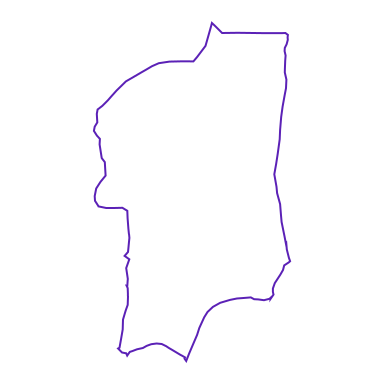 Potupo, River Gee, Liberia (Albers equal-area conic projection)
{"feature_id": "62588387B58359330496040", "entity_name": "Potupo", "entity_type": "district", "adm_level": 2, "iso_a3": "LBR", "parent_name": "Liberia", "parent_adm1": "River Gee", "projection": "albers", "projection_center": [-7.817, 5.334], "detail": "fine", "context": "isolated", "style": "outline", "palette": "violet", "viewbox_px": 384, "rotation_deg": 0, "n_neighbors": 0, "source": "geoboundaries", "source_scale": "gbopen_adm2", "svg_char_len": 2007}
<svg xmlns="http://www.w3.org/2000/svg" viewBox="0 0 384 384"><path d="M98.4,206.1L98.5,206.4L106.2,208.0L113.9,208.0L122.4,207.8L127.3,210.8L127.6,218.3L128.4,228.8L128.9,233.7L129.1,234.7L129.4,237.9L129.0,241.8L128.4,248.2L128.0,252.0L124.6,255.9L129.3,259.3L126.2,268.1L126.8,272.1L127.8,278.9L127.3,285.8L126.6,285.7L127.7,288.1L127.9,293.7L127.9,295.6L127.9,296.0L128.0,296.4L127.7,304.9L125.7,310.5L125.6,310.9L125.4,311.5L123.0,319.6L122.7,329.5L121.0,339.4L119.5,347.7L118.1,348.5L122.0,352.5L126.2,353.3L127.2,355.6L128.5,353.7L129.8,351.9L130.1,351.8L132.3,351.1L137.0,349.3L142.9,348.0L146.6,345.9L150.1,344.6L151.3,344.2L156.6,343.5L161.7,344.0L166.2,346.2L168.9,348.0L172.0,349.8L180.5,354.9L181.9,355.6L183.1,356.3L185.0,357.4L184.5,358.6L186.2,361.0L189.1,353.6L192.9,344.7L197.1,334.9L199.3,328.0L204.2,317.3L207.5,312.0L212.9,306.9L220.2,302.8L230.0,299.9L236.9,298.5L244.8,297.9L250.8,297.4L254.1,299.2L258.1,299.4L264.0,300.2L269.5,298.8L270.7,297.7L270.6,298.8L273.5,294.6L272.9,291.9L272.9,288.5L274.8,283.1L280.3,274.7L283.0,270.0L284.2,265.4L288.9,262.3L290.1,261.2L288.9,257.8L286.8,249.4L286.3,243.6L286.0,244.1L284.5,236.3L281.6,222.0L281.0,215.3L280.1,204.1L277.1,193.1L276.5,186.8L274.3,174.3L276.1,164.2L277.7,153.9L279.7,139.3L280.1,130.0L281.2,116.8L282.6,106.6L284.6,95.5L286.0,88.2L286.4,79.6L284.8,72.4L284.9,68.6L285.2,60.8L285.6,55.5L284.6,51.1L284.8,47.9L286.6,44.3L287.7,40.2L287.8,39.8L287.6,37.4L287.9,34.9L285.4,33.0L282.7,33.1L268.9,33.1L264.9,33.1L261.3,33.1L237.8,32.8L222.1,33.0L214.6,25.5L211.9,23.0L211.2,25.8L208.8,34.3L205.5,45.9L197.2,56.9L193.4,61.4L183.0,61.3L169.5,61.6L158.8,63.2L152.0,66.2L145.9,69.8L141.0,72.6L125.9,81.4L116.6,90.5L111.3,96.4L107.8,100.4L102.3,105.9L97.6,109.5L96.8,113.9L97.3,122.4L94.7,126.7L93.9,130.9L96.9,135.6L99.9,138.9L99.6,144.4L101.6,157.3L101.8,158.2L103.5,160.4L103.8,160.8L104.8,162.1L105.6,175.6L100.6,181.7L98.9,184.3L96.2,188.5L94.7,196.1L95.0,200.8L98.4,206.1Z" fill="none" stroke="#5b21b6" stroke-width="2"/></svg>